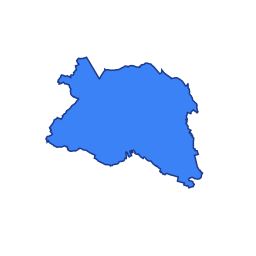 outline of Dumbravita, Maramures, Romania, rotated 235°
{"feature_id": "2599482B34129756727507", "entity_name": "Dumbravita", "entity_type": "district", "adm_level": 2, "iso_a3": "ROU", "parent_name": "Romania", "parent_adm1": "Maramures", "projection": "natural_earth1", "projection_center": [23.656, 47.6], "detail": "fine", "context": "isolated", "style": "filled", "palette": "blue", "viewbox_px": 256, "rotation_deg": 235, "n_neighbors": 0, "source": "geoboundaries", "source_scale": "gbopen_adm2", "svg_char_len": 5843}
<svg xmlns="http://www.w3.org/2000/svg" viewBox="0 0 256 256"><g transform="rotate(235 128 128)"><path d="M189.5,142.7L189.3,142.5L188.4,142.5L188.2,142.2L188.1,140.8L187.7,139.6L186.3,136.3L185.9,135.3L184.7,133.1L184.7,132.7L209.7,134.6L210.3,132.6L210.2,132.0L210.6,131.9L210.6,131.3L212.0,129.2L212.2,128.5L212.8,128.1L212.9,127.7L213.4,127.5L213.2,127.1L213.3,126.2L213.1,126.1L213.1,125.7L212.7,125.5L212.6,124.6L212.3,124.4L211.7,124.4L210.1,124.0L209.6,124.4L208.4,124.4L208.3,123.9L208.4,122.2L208.7,121.5L208.9,121.4L209.0,120.5L205.2,119.2L205.5,118.2L205.0,117.0L204.4,116.2L204.8,115.8L204.8,115.5L204.6,115.1L203.6,114.7L203.0,114.1L202.9,113.2L203.2,112.5L203.3,112.3L203.6,112.3L204.1,111.8L203.5,111.0L203.5,110.7L203.2,110.1L202.3,110.0L202.7,109.6L203.9,109.4L204.4,108.7L205.4,108.4L206.2,106.4L208.0,105.4L208.4,105.1L208.7,104.5L209.6,103.9L209.1,102.8L208.3,102.1L207.8,100.2L207.3,99.1L207.3,98.4L206.6,97.8L206.5,97.4L205.5,96.8L204.6,97.8L203.5,96.8L202.9,98.6L202.6,101.3L201.8,101.5L200.6,101.5L199.8,102.3L199.5,102.5L199.4,103.1L198.0,103.7L196.9,104.5L196.1,104.0L195.0,103.6L193.3,103.5L192.5,103.6L192.0,102.5L189.0,100.8L187.9,100.5L185.6,100.9L185.3,101.2L184.5,101.2L184.3,101.6L184.6,101.7L184.5,101.8L183.6,102.3L183.3,102.2L183.0,102.5L182.7,102.5L182.5,102.8L181.4,103.4L181.0,104.1L180.4,104.3L180.1,104.2L179.6,101.8L178.4,98.8L178.4,94.8L177.6,92.6L177.1,90.4L177.3,88.5L177.3,88.0L176.9,86.8L175.8,85.3L175.9,84.6L176.2,84.0L175.6,82.2L175.6,81.7L175.7,81.3L174.5,81.0L173.4,78.2L174.4,78.0L174.5,77.7L175.1,77.4L176.0,76.6L177.1,76.1L176.6,75.3L176.9,72.0L176.1,71.4L174.9,69.1L173.2,63.9L171.8,64.1L171.9,63.8L171.0,63.9L170.9,63.4L170.0,63.6L169.6,62.3L166.5,62.7L166.5,62.4L166.1,61.4L166.1,61.2L166.0,60.9L166.6,59.8L166.4,59.4L166.4,59.0L166.5,58.9L166.8,58.0L167.2,57.5L167.3,56.9L166.6,55.3L166.5,55.0L166.0,54.9L165.9,54.6L165.3,54.9L164.8,54.5L162.8,53.6L163.1,54.9L163.1,55.6L161.5,55.1L157.9,56.6L157.3,57.0L155.6,57.2L155.1,57.8L154.1,58.4L153.7,58.3L152.7,59.1L152.3,60.4L150.9,62.0L150.6,62.6L150.1,64.1L150.0,65.6L147.9,66.7L147.8,66.9L147.8,67.4L147.2,67.4L146.5,66.9L145.2,67.0L144.8,66.9L144.9,66.4L143.7,66.4L141.9,67.6L141.0,69.1L140.5,70.7L139.8,71.1L139.2,72.2L139.0,74.5L139.4,76.2L138.9,76.3L138.8,77.0L138.3,77.6L136.9,78.4L135.5,79.0L134.7,80.0L133.1,81.3L131.9,81.6L130.9,82.2L129.7,82.4L128.9,83.1L127.8,83.5L127.6,83.8L126.6,84.2L126.5,84.5L126.1,84.8L124.8,85.0L124.2,85.4L123.9,84.6L122.5,83.1L121.9,83.6L121.1,84.0L120.7,84.3L118.0,84.7L116.3,85.7L115.7,85.8L113.4,87.4L112.1,87.8L111.4,88.2L110.8,88.7L110.5,89.1L110.5,89.4L109.7,90.1L109.3,90.8L107.8,92.0L107.4,91.9L107.5,92.1L107.0,92.5L106.4,93.4L106.3,93.6L106.6,94.2L105.9,96.3L105.5,96.8L104.7,98.7L104.6,99.6L105.2,101.2L105.2,101.8L103.8,104.8L103.6,105.6L103.7,106.3L104.0,107.0L105.1,108.1L104.0,109.1L106.0,110.7L107.0,111.0L109.0,112.1L109.3,112.4L109.4,112.7L108.7,112.7L108.5,113.2L104.8,112.3L103.6,112.4L103.7,113.8L103.3,115.1L105.6,115.7L105.7,116.2L107.4,115.8L107.6,115.9L107.8,116.6L107.7,117.4L106.7,117.2L105.3,117.3L105.3,118.1L106.3,118.0L107.3,118.3L106.6,119.8L103.7,119.9L103.6,119.5L103.4,119.5L103.2,119.2L101.9,119.7L101.7,120.1L100.6,120.9L100.8,121.5L100.1,121.7L97.3,121.8L94.5,122.8L94.3,123.0L94.9,123.7L95.0,124.4L94.4,125.0L91.5,125.1L89.5,125.8L87.5,128.0L86.8,127.8L85.0,128.1L83.9,128.0L83.5,128.3L81.4,128.8L81.0,129.2L80.5,129.3L80.7,129.7L77.4,130.4L76.6,131.0L76.0,131.2L75.9,131.2L75.1,130.3L74.2,129.2L72.9,129.4L73.1,130.1L70.0,130.2L70.0,130.7L69.8,130.9L68.6,131.4L68.8,133.3L68.2,133.8L68.0,134.2L65.4,135.8L62.7,138.2L60.3,140.0L59.1,141.1L56.1,138.0L50.5,142.6L50.2,141.9L49.3,141.1L46.5,143.2L46.3,144.0L44.0,143.6L43.4,145.9L42.6,147.9L43.3,148.4L43.4,149.4L43.6,149.8L44.0,150.0L45.4,149.8L46.9,150.2L48.0,149.7L49.0,148.5L49.7,148.1L50.7,148.0L51.4,148.4L51.5,149.0L51.3,151.2L50.5,152.6L48.2,153.6L47.9,154.1L46.4,155.5L45.5,157.0L45.4,158.0L45.5,159.3L46.0,160.0L47.3,161.2L47.8,162.1L48.3,163.2L49.6,162.9L49.7,162.5L51.8,162.8L51.9,162.2L56.4,162.5L64.9,165.9L67.4,166.7L66.1,170.4L67.4,170.8L67.4,170.7L69.7,171.6L71.1,170.0L72.1,170.9L73.7,169.9L78.4,173.0L82.1,176.1L83.4,175.5L84.2,176.4L85.5,175.6L86.0,176.7L87.2,176.1L87.4,176.5L88.1,176.5L88.1,176.1L88.3,176.2L88.5,175.5L88.7,175.4L89.2,175.6L89.4,175.9L89.7,176.9L89.6,177.0L90.0,178.2L92.2,177.1L93.4,176.8L95.1,178.3L95.7,178.1L97.6,178.3L98.7,178.1L98.8,179.3L99.2,179.9L99.8,179.8L100.9,180.1L100.9,180.4L101.0,180.5L101.5,180.1L101.9,180.2L101.9,180.3L100.7,181.3L101.6,181.7L102.7,181.8L103.1,182.2L104.4,182.7L104.7,183.1L104.9,183.9L105.8,184.7L106.2,184.9L106.6,185.7L103.7,187.7L103.7,187.9L104.4,188.0L104.6,188.3L105.1,189.8L105.4,191.9L105.0,192.1L104.1,192.1L102.5,193.0L101.6,192.9L100.8,193.3L100.9,193.9L101.2,194.6L102.3,194.8L103.7,195.3L106.7,196.9L106.9,197.6L107.5,197.6L108.3,198.0L113.3,197.0L114.7,197.3L115.5,197.8L117.2,198.0L117.8,198.2L118.8,197.9L120.1,198.0L120.8,197.9L122.7,199.5L123.4,199.7L124.8,200.4L125.3,200.3L125.8,200.4L126.4,200.3L129.6,202.4L129.8,202.4L129.8,202.1L129.4,201.4L129.2,200.6L129.2,200.0L129.4,199.2L133.0,199.4L135.2,199.3L137.8,198.5L140.8,197.1L142.0,195.7L142.9,193.3L143.5,192.1L143.8,191.7L144.3,192.1L146.9,191.0L147.6,190.9L148.3,190.5L151.3,189.5L153.6,189.1L156.2,189.0L154.9,188.0L154.6,187.6L154.0,187.0L154.1,185.1L163.4,184.2L166.0,183.5L167.1,183.5L168.4,182.2L169.5,181.5L171.1,179.6L171.1,178.8L170.8,177.8L172.0,175.3L171.8,173.9L171.4,173.5L171.5,173.4L171.7,172.7L171.1,172.5L171.1,172.1L173.4,169.7L175.6,168.3L177.0,166.9L178.0,164.9L178.0,163.2L178.2,163.3L178.4,162.9L178.9,162.8L179.4,162.4L180.5,161.0L180.4,158.8L180.8,157.7L180.9,155.4L181.5,153.3L182.5,151.7L183.4,149.5L184.4,148.3L185.0,147.1L187.2,145.1L188.4,143.1L188.9,142.8L189.5,142.7Z" fill="#3b82f6" stroke="#1e3a8a" stroke-width="1.5"/></g></svg>